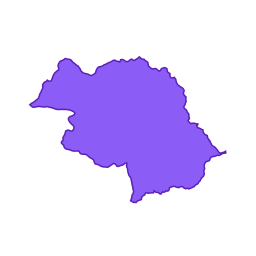 Novo Cruzeiro, Minas Gerais, Brazil (Robinson projection), rotated 281°
{"feature_id": "56859067B79443339621870", "entity_name": "Novo Cruzeiro", "entity_type": "district", "adm_level": 2, "iso_a3": "BRA", "parent_name": "Brazil", "parent_adm1": "Minas Gerais", "projection": "robinson", "projection_center": [-41.963, -17.365], "detail": "fine", "context": "isolated", "style": "filled", "palette": "violet", "viewbox_px": 256, "rotation_deg": 281, "n_neighbors": 0, "source": "geoboundaries", "source_scale": "gbopen_adm2", "svg_char_len": 5818}
<svg xmlns="http://www.w3.org/2000/svg" viewBox="0 0 256 256"><g transform="rotate(281 128 128)"><path d="M95.5,75.4L95.0,77.2L95.0,79.3L95.4,81.0L95.8,82.5L95.8,84.3L95.1,85.0L94.3,85.6L93.7,86.5L93.6,87.5L93.6,88.5L93.9,90.1L94.0,91.4L93.7,92.6L93.0,94.0L92.1,95.4L91.6,96.6L91.1,97.7L90.8,99.0L90.0,100.4L88.8,101.0L87.7,101.6L86.7,102.4L86.3,103.5L86.5,105.2L86.0,106.8L85.5,108.2L85.2,109.8L85.1,111.2L85.3,112.5L85.5,114.0L85.5,115.2L86.2,116.4L87.3,117.4L88.4,118.5L89.5,119.6L90.4,120.4L90.4,121.8L89.8,122.9L89.1,123.7L88.4,124.3L88.3,125.4L89.0,126.7L89.8,128.1L90.5,129.6L91.5,130.8L92.4,131.5L93.1,132.2L93.5,133.3L92.6,133.8L91.7,133.7L90.6,133.7L89.6,134.1L88.7,134.8L87.9,135.3L86.9,135.7L85.6,136.0L83.8,136.8L82.2,137.7L81.4,138.2L79.7,140.1L78.6,140.8L77.7,141.0L76.6,141.5L75.5,142.0L74.4,142.4L73.6,142.7L71.4,143.6L70.5,144.3L69.4,144.3L68.2,145.0L66.6,145.7L65.4,145.6L64.6,145.4L63.7,145.1L62.8,144.8L61.8,144.9L60.8,144.9L58.3,144.7L57.1,144.4L56.7,145.5L56.3,146.7L56.0,147.8L56.3,148.7L56.4,150.1L57.4,150.7L58.3,151.4L59.7,153.8L60.4,154.8L62.0,154.6L63.1,155.0L64.3,155.6L65.1,156.7L65.8,157.3L67.1,157.4L68.1,158.3L67.8,159.7L68.0,160.9L68.5,162.1L68.7,163.2L69.1,164.1L69.1,165.3L70.1,165.7L71.4,165.6L70.9,166.6L70.2,167.7L70.3,168.9L70.5,170.2L69.9,171.0L69.3,172.1L69.6,173.1L70.7,173.5L71.8,174.1L71.8,175.4L72.4,176.6L73.5,177.0L73.5,178.6L74.2,179.8L75.5,180.1L76.9,180.2L78.1,180.9L78.4,182.1L78.9,182.9L79.5,183.7L79.6,185.1L79.2,186.3L79.1,187.9L79.2,189.3L79.8,190.1L80.5,190.8L80.9,192.1L80.3,193.5L79.7,194.6L79.4,196.0L79.8,197.3L80.2,198.3L79.8,199.4L80.6,200.5L81.5,202.0L82.4,202.9L82.8,203.9L83.9,204.5L85.3,205.6L86.2,206.8L87.0,207.5L88.1,207.6L90.0,208.9L90.9,209.1L91.8,209.3L93.0,209.7L94.3,210.8L95.3,211.3L96.4,211.6L97.6,211.6L98.8,211.1L100.3,210.7L101.4,210.8L102.7,211.0L104.1,210.5L105.3,209.9L106.8,210.0L108.2,210.3L109.0,210.6L110.1,211.5L110.8,213.0L111.6,214.2L112.9,214.3L114.0,214.6L115.0,215.0L115.8,215.9L116.2,217.0L116.8,218.4L117.4,219.6L118.3,220.8L118.3,222.1L118.7,223.2L119.7,224.3L120.6,225.2L121.3,226.4L121.7,227.7L122.3,228.8L123.8,228.2L122.8,227.2L122.4,226.4L121.7,225.0L120.8,223.3L121.5,221.8L122.6,220.8L123.4,219.9L124.1,219.0L125.0,218.0L125.8,216.9L126.3,215.4L126.8,214.0L127.6,213.2L128.4,212.7L129.9,211.5L130.9,211.0L131.2,209.9L132.1,209.6L132.8,208.9L133.2,208.0L134.4,207.8L135.7,207.3L136.1,205.6L136.6,204.2L137.4,203.4L138.4,202.6L139.3,202.1L140.4,202.0L140.7,200.6L141.2,199.2L141.5,197.6L141.7,195.9L142.6,195.5L143.5,195.0L144.3,195.9L145.3,195.8L145.2,194.4L145.3,192.5L145.2,191.1L144.7,189.9L144.4,188.6L145.3,187.3L145.9,186.3L146.6,185.5L147.7,185.8L148.7,186.4L149.8,186.2L151.0,185.5L152.2,185.4L153.5,184.9L154.2,184.0L154.8,183.2L155.9,182.6L157.0,181.6L157.5,180.5L158.4,179.3L159.4,178.7L160.4,179.0L161.5,179.5L162.5,179.5L163.6,179.7L165.4,180.0L166.7,179.3L168.0,179.1L168.9,179.2L169.7,178.9L170.5,177.5L171.4,176.5L172.7,175.6L174.1,175.9L175.4,176.0L176.5,175.2L177.3,174.4L177.9,173.3L178.4,171.8L179.2,170.1L179.8,168.8L180.7,167.9L182.0,166.8L183.3,166.2L184.9,165.6L185.9,164.5L186.6,163.8L186.0,162.9L185.5,161.9L185.5,160.8L186.2,159.8L187.4,159.0L188.9,159.1L189.6,158.5L190.0,157.2L190.9,156.0L191.9,155.4L192.8,155.2L193.6,154.9L194.1,153.8L194.3,152.6L193.8,151.7L193.3,150.3L192.3,149.3L190.8,148.9L189.8,147.7L190.3,146.4L191.1,145.2L191.7,143.8L191.3,142.7L190.7,141.0L191.0,139.2L192.1,137.4L192.8,136.2L193.9,135.9L194.9,135.4L195.8,135.2L196.5,134.5L197.1,133.4L197.3,132.3L197.9,131.4L198.5,130.8L198.4,129.6L198.6,127.8L199.4,126.8L200.0,125.4L198.8,124.8L197.9,123.8L197.2,123.1L196.5,122.4L195.7,121.4L195.4,120.3L196.0,119.4L196.3,118.4L195.8,117.5L195.1,116.9L194.2,116.3L193.0,114.5L192.8,113.5L193.3,112.4L193.8,111.4L194.0,110.4L194.2,109.1L193.6,107.7L192.2,107.7L191.2,107.3L191.6,105.7L191.3,104.3L191.7,103.3L192.1,102.1L191.7,100.9L191.0,100.0L189.9,98.9L189.2,98.0L188.6,96.7L187.5,95.4L186.6,94.4L186.1,93.5L185.3,92.3L184.6,91.7L183.9,91.0L183.3,90.0L182.9,88.9L182.3,87.5L181.4,86.8L180.3,86.3L179.0,85.9L177.6,85.7L176.2,85.6L175.2,85.0L174.4,84.4L173.6,83.5L173.0,82.7L172.4,81.5L172.6,80.2L173.1,79.0L173.3,76.9L173.4,75.9L173.3,74.6L173.5,73.6L174.2,72.3L174.8,71.2L175.8,70.4L177.1,69.6L177.9,68.5L178.9,67.7L179.5,66.7L179.8,65.7L180.4,64.4L181.3,63.1L181.7,62.0L182.1,61.0L183.1,60.2L183.9,59.0L184.2,58.0L184.2,56.5L184.1,54.8L184.3,53.4L183.7,52.5L182.8,51.9L182.2,51.1L181.6,50.2L180.9,49.1L179.9,48.3L177.3,47.4L175.9,47.5L174.7,47.8L173.8,48.4L172.9,48.8L171.8,48.6L170.7,47.6L169.5,46.7L168.3,45.7L167.1,45.2L165.8,44.8L164.5,44.4L163.4,44.4L162.0,44.1L160.6,43.9L159.7,43.6L159.0,42.3L159.0,40.8L159.6,39.6L158.0,38.8L157.5,37.8L156.6,37.0L155.5,36.5L154.3,36.0L153.0,36.2L151.9,36.6L150.7,36.7L149.8,36.4L148.6,36.0L147.0,35.8L146.0,35.5L144.7,35.0L141.8,34.7L140.5,34.5L139.4,33.9L138.3,32.9L137.3,32.1L136.2,31.3L135.3,30.3L134.5,29.5L133.8,28.6L133.0,27.9L132.1,27.2L131.6,28.0L130.8,29.3L130.3,30.4L130.4,31.5L131.0,33.2L131.6,34.7L132.0,35.6L132.2,36.6L132.3,38.0L132.6,41.5L132.8,42.6L133.4,43.7L133.5,45.1L133.4,46.6L133.4,47.8L133.4,49.1L133.2,50.5L133.1,51.6L132.8,52.6L132.7,54.1L132.9,56.6L133.2,57.6L133.5,58.8L133.7,59.9L134.2,62.7L134.4,64.1L134.5,65.3L134.5,66.9L134.5,68.1L134.2,69.4L133.7,71.0L133.4,72.0L132.7,72.9L131.3,72.9L130.3,72.0L129.4,71.2L128.8,70.1L128.1,68.8L126.8,67.9L125.6,67.7L124.4,68.2L123.4,69.0L122.3,70.1L121.3,71.4L120.6,72.7L120.0,73.6L119.1,74.5L118.1,75.0L116.6,74.9L115.5,74.4L114.6,73.9L114.0,72.7L114.4,71.4L114.5,70.3L114.4,69.3L114.0,68.4L113.2,67.4L111.4,67.3L109.8,67.2L108.8,66.9L107.6,66.4L106.3,66.0L103.4,66.6L102.5,65.7L101.3,65.3L100.3,65.7L99.6,66.8L99.0,67.9L97.2,68.9L96.3,69.7L95.8,70.6L95.5,71.8L95.5,73.0L95.5,74.3L95.5,75.4Z" fill="#8b5cf6" stroke="#5b21b6" stroke-width="1.5"/></g></svg>